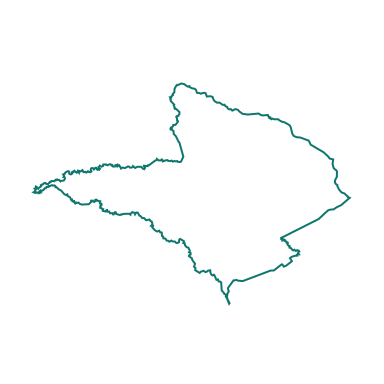 the district of Algarrobo, Magdalena, Colombia, rotated 97°
{"feature_id": "7082276B14520345470413", "entity_name": "Algarrobo", "entity_type": "district", "adm_level": 2, "iso_a3": "COL", "parent_name": "Colombia", "parent_adm1": "Magdalena", "projection": "albers", "projection_center": [-74.106, 10.222], "detail": "fine", "context": "isolated", "style": "outline", "palette": "teal", "viewbox_px": 384, "rotation_deg": 97, "n_neighbors": 0, "source": "geoboundaries", "source_scale": "gbopen_adm2", "svg_char_len": 6062}
<svg xmlns="http://www.w3.org/2000/svg" viewBox="0 0 384 384"><g transform="rotate(97 192 192)"><path d="M298.4,141.6L297.7,141.2L294.3,143.6L292.1,144.5L288.4,144.4L286.2,143.4L283.1,144.7L274.6,140.0L274.6,138.8L273.8,137.3L274.4,135.3L274.2,130.7L260.4,104.4L259.9,101.2L252.9,94.2L252.9,93.5L254.9,91.7L253.4,89.3L248.5,84.4L245.7,86.7L244.2,85.1L242.9,82.4L242.4,80.1L241.9,80.5L241.4,80.2L240.9,78.2L239.7,79.4L238.2,78.9L238.0,78.3L237.3,78.7L236.9,80.6L237.9,81.7L236.8,83.4L237.6,84.1L237.3,85.3L235.9,86.6L235.4,88.2L234.9,87.9L234.2,88.9L233.6,88.8L233.6,89.6L232.7,90.6L231.8,91.1L231.1,90.6L230.3,91.0L230.5,92.1L229.7,92.4L229.3,93.8L228.5,93.7L228.1,94.3L228.2,95.6L229.1,96.0L229.2,96.5L227.5,96.5L227.8,97.7L226.8,98.0L203.4,63.0L193.7,54.8L192.8,53.1L191.9,49.2L189.7,46.8L186.8,42.3L178.6,34.8L178.1,36.7L177.6,36.7L174.8,40.7L174.2,43.5L171.6,46.4L168.5,48.4L167.3,48.6L166.7,50.0L165.2,51.3L162.8,51.4L159.4,50.1L154.0,50.6L152.6,51.7L151.8,53.4L150.6,54.5L147.1,55.9L142.5,55.8L142.0,59.5L140.3,61.0L136.6,66.1L130.6,79.9L126.8,82.4L124.7,91.3L124.9,94.7L124.0,97.8L121.8,99.6L115.7,101.9L113.8,103.3L111.6,108.5L111.3,111.2L110.3,113.8L109.3,115.4L109.8,119.1L109.3,121.8L110.0,122.1L109.0,124.4L108.2,123.9L107.7,125.3L106.3,126.1L107.4,131.2L107.1,133.3L106.0,135.4L108.3,146.0L108.3,151.2L106.2,155.0L105.0,156.2L104.6,157.7L104.5,159.2L106.3,161.9L105.0,163.6L105.5,165.1L104.5,166.9L103.3,167.5L102.6,169.4L101.4,170.4L101.8,172.0L99.9,175.7L100.3,178.0L99.2,180.4L98.0,181.7L95.1,183.2L94.7,185.6L95.4,188.9L92.3,190.5L92.0,191.5L92.6,193.8L93.4,195.2L92.9,196.6L93.0,199.0L90.0,200.7L89.2,201.9L89.1,204.5L88.0,207.5L87.3,207.6L87.9,209.3L85.9,212.8L85.6,215.8L87.7,219.3L87.5,219.8L89.1,220.9L91.8,221.9L95.3,221.7L97.2,223.2L98.2,222.7L99.6,224.1L100.2,224.0L100.6,225.3L101.5,224.5L102.3,225.0L103.0,224.3L104.3,224.2L107.4,220.3L108.2,220.7L110.1,219.5L110.9,219.7L111.5,219.2L111.1,218.8L111.9,217.3L114.3,214.1L116.4,214.0L116.9,214.6L118.1,214.8L118.7,216.5L119.5,216.8L120.5,215.9L122.9,215.5L123.5,214.5L124.1,214.6L127.4,216.6L127.7,218.7L129.1,218.9L130.7,220.2L130.7,220.9L132.2,221.1L132.6,220.7L132.1,219.5L133.3,218.8L133.7,217.8L136.6,217.2L138.6,214.8L144.1,211.2L144.3,210.6L158.0,204.9L163.2,206.6L163.7,207.7L163.7,210.0L163.1,210.5L163.6,211.9L163.4,213.4L164.2,214.7L163.3,215.9L164.0,217.4L163.9,219.8L163.4,220.2L163.8,222.1L165.2,224.6L163.4,225.5L163.4,226.1L164.4,226.6L164.7,229.2L163.4,230.9L165.0,231.5L165.6,232.7L170.6,237.9L170.8,238.9L171.7,239.1L171.8,242.9L172.2,243.0L173.6,241.5L175.2,242.2L174.8,243.6L173.2,245.6L173.7,249.5L175.1,251.4L173.5,253.7L174.5,253.9L175.3,255.5L175.3,256.6L174.5,257.5L174.4,258.6L176.4,261.4L176.2,264.1L177.4,265.3L174.4,267.4L175.4,268.7L174.2,268.8L173.8,269.3L174.8,271.3L175.8,270.8L176.4,273.2L176.2,273.9L175.0,274.3L175.4,275.2L174.7,275.6L174.4,276.9L175.8,279.3L175.1,280.5L175.5,281.2L175.2,282.4L175.6,283.5L177.0,283.4L178.0,285.1L177.1,286.7L178.1,287.1L178.7,287.9L179.8,287.7L180.3,286.2L181.3,286.8L180.9,288.5L181.4,288.6L181.3,289.0L179.6,290.2L179.8,290.9L181.6,292.1L180.3,293.4L180.8,295.0L182.5,295.3L183.7,294.3L184.7,295.0L184.7,296.8L184.1,297.8L185.5,299.0L185.5,299.7L185.0,300.2L185.5,302.1L183.6,303.4L185.2,305.0L184.8,306.5L186.6,306.5L185.1,308.0L186.9,308.7L185.9,310.7L185.2,311.2L185.7,311.9L186.5,312.1L186.4,312.8L187.1,313.8L188.3,313.1L189.3,314.4L189.1,315.8L186.5,316.8L186.5,318.0L188.3,320.2L189.2,320.3L190.3,322.1L191.6,320.9L192.8,321.3L192.7,320.4L193.4,319.9L194.6,319.8L196.3,320.7L196.9,323.4L197.5,323.9L196.1,325.6L196.5,326.6L195.9,327.5L196.4,328.6L196.9,328.6L196.8,329.1L198.1,329.9L198.2,332.9L199.4,333.5L199.3,334.3L200.5,334.8L201.9,336.7L201.6,337.8L200.9,338.5L201.3,340.0L202.5,340.8L202.7,341.7L204.0,342.3L203.9,342.7L204.8,342.5L206.4,344.4L207.6,345.0L206.9,346.6L206.0,346.7L205.6,347.6L207.0,347.7L207.5,348.2L207.5,347.3L208.7,347.3L209.2,347.9L210.7,347.9L211.6,349.2L211.9,348.3L211.0,347.4L211.9,346.9L211.3,345.9L211.5,344.6L211.9,344.4L211.5,343.8L211.7,343.0L211.1,342.8L210.4,343.7L210.0,343.6L208.9,342.5L209.8,341.6L209.0,341.6L208.3,339.8L206.3,338.7L206.1,337.5L204.8,337.0L204.4,335.3L203.4,335.0L203.8,334.2L202.5,332.4L202.3,331.3L202.7,330.7L202.2,329.5L202.6,328.4L203.9,328.0L203.7,327.2L205.9,324.0L206.4,322.2L209.7,318.5L210.4,316.7L209.6,315.5L211.1,315.0L212.2,312.3L214.5,311.1L214.1,310.1L215.9,309.5L215.4,308.0L216.3,307.9L217.6,306.5L216.5,305.9L216.9,305.1L216.3,303.3L217.4,302.2L217.9,300.0L216.7,293.0L214.5,291.1L212.9,291.1L212.7,289.3L213.5,289.0L213.8,287.7L213.0,287.4L212.7,286.5L211.5,286.9L211.2,286.2L212.2,284.4L212.4,282.0L213.6,282.3L214.7,281.9L214.6,280.6L215.7,280.1L217.1,281.3L217.7,281.0L218.8,281.3L219.1,279.7L220.0,279.0L219.9,278.1L221.6,278.2L221.9,275.6L220.4,274.7L220.2,274.1L221.9,273.6L221.5,271.8L223.1,270.8L222.7,268.4L223.9,267.6L223.7,266.9L222.3,266.7L221.3,265.9L221.6,265.0L223.1,264.5L223.6,260.7L223.0,259.9L223.1,259.0L222.4,258.4L221.8,255.9L221.3,251.6L222.0,250.4L220.8,250.4L220.3,249.4L219.2,248.8L219.7,246.5L221.1,245.8L219.2,244.9L219.1,243.3L221.8,241.4L222.2,240.1L224.0,238.1L223.7,236.4L225.6,234.2L224.5,230.8L225.8,229.8L226.2,228.4L228.8,227.3L230.5,228.4L230.5,226.6L232.0,227.1L234.4,224.3L235.5,221.8L234.4,219.8L235.9,218.7L235.9,217.1L239.2,216.4L239.9,215.1L241.5,214.8L241.5,212.7L243.3,211.3L243.3,209.8L244.1,208.4L242.7,206.6L243.4,205.6L243.3,202.8L244.2,201.9L244.5,200.5L243.4,198.8L241.0,198.9L240.0,198.1L241.7,194.2L242.2,193.9L243.7,194.4L243.9,192.9L245.7,192.5L247.4,190.6L247.7,188.8L250.4,187.1L251.2,187.0L252.2,187.6L252.8,185.9L254.3,185.8L255.1,187.1L256.0,187.2L257.9,184.0L259.6,183.3L262.9,180.2L265.9,180.9L267.0,179.3L269.2,179.3L271.4,174.5L270.1,173.6L268.8,170.9L269.9,168.9L269.0,167.2L268.1,166.5L267.5,164.4L269.9,163.8L271.6,162.8L272.3,161.3L271.4,160.2L271.6,159.8L276.2,157.0L275.6,155.6L277.5,154.7L277.5,153.1L278.2,152.0L286.2,150.5L287.9,148.4L289.3,147.5L289.8,145.6L291.7,145.7L293.0,144.5L298.4,141.6Z" fill="none" stroke="#0f766e" stroke-width="2"/></g></svg>